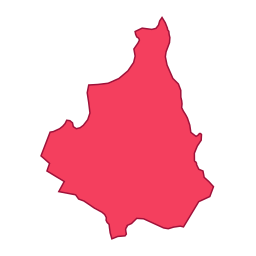 outline of Geita, rotated 181°
{"feature_id": "TZA-5586", "entity_name": "Geita", "entity_type": "Region", "adm_level": 1, "iso_a3": "TZA", "parent_name": "United Republic of Tanzania", "parent_adm1": "", "projection": "mercator", "projection_center": [31.619, -3.252], "detail": "fine", "context": "isolated", "style": "filled", "palette": "rose", "viewbox_px": 256, "rotation_deg": 181, "n_neighbors": 0, "source": "natural_earth", "source_scale": "10m", "svg_char_len": 1452}
<svg xmlns="http://www.w3.org/2000/svg" viewBox="0 0 256 256"><g transform="rotate(181 128 128)"><path d="M95.9,239.1L92.6,233.9L90.4,228.6L90.1,226.9L88.9,225.4L88.5,222.2L87.7,219.1L88.0,214.1L91.3,204.8L91.9,199.9L90.1,191.7L84.0,178.3L78.4,172.9L75.9,166.6L75.7,159.7L74.8,156.2L74.4,153.0L74.7,149.3L73.0,145.9L72.8,145.6L70.7,142.4L68.8,139.0L66.3,132.0L65.1,124.7L59.8,120.8L57.9,122.0L56.5,123.7L55.3,123.7L54.4,122.7L54.6,117.1L58.4,111.2L61.2,104.0L61.0,96.4L60.5,95.6L59.7,95.3L58.9,94.0L58.8,92.5L56.5,88.0L52.3,86.3L51.0,80.0L46.1,75.7L41.5,70.8L45.0,60.9L56.0,55.6L70.8,30.1L74.0,30.8L80.7,29.7L86.0,28.0L90.6,28.7L110.8,37.5L117.7,37.8L122.8,32.6L127.2,30.5L127.2,29.4L127.9,28.7L128.6,26.8L128.4,24.8L127.8,21.9L129.1,20.1L136.3,19.4L142.2,16.9L144.0,22.9L144.8,28.1L145.2,31.3L147.2,33.2L148.3,35.4L148.1,38.0L149.8,41.1L152.6,43.4L160.2,47.3L166.7,51.6L170.9,54.3L176.1,56.1L179.2,60.3L196.1,63.2L190.8,73.4L208.3,83.6L205.8,91.2L214.5,98.6L205.8,122.5L202.6,123.1L196.3,126.1L193.3,128.6L191.0,131.3L189.4,134.7L186.2,134.3L183.6,132.2L182.7,128.4L179.7,126.4L175.9,127.4L172.7,129.9L168.4,135.6L166.3,142.3L167.7,152.6L169.4,162.5L168.0,170.3L158.8,171.0L148.6,172.4L138.0,177.3L129.1,185.1L123.5,193.6L122.1,200.0L123.5,207.1L119.5,213.1L118.1,216.1L118.9,218.0L120.8,219.2L122.0,221.8L122.6,224.6L115.6,228.1L105.9,227.0L101.8,228.1L99.3,231.4L98.2,235.6L95.9,239.1Z" fill="#f43f5e" stroke="#9f1239" stroke-width="1.5"/></g></svg>